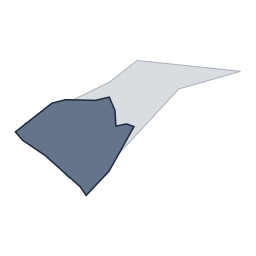 location of Western within American Samoa
{"feature_id": "ASM-5002", "entity_name": "Western", "entity_type": "state/province", "adm_level": 1, "iso_a3": "ASM", "parent_name": "American Samoa", "parent_adm1": "", "projection": "equal_earth", "projection_center": [-170.747, -14.332], "detail": "fine", "context": "in_parent", "style": "filled", "palette": "slate", "viewbox_px": 256, "rotation_deg": 0, "n_neighbors": 0, "source": "natural_earth", "source_scale": "10m", "svg_char_len": 454}
<svg xmlns="http://www.w3.org/2000/svg" viewBox="0 0 256 256"><path d="M105.2,168.4L68.4,178.3L24.6,123.5L109.9,81.9L137.0,60.5L240.6,71.3L178.7,89.0L105.2,168.4Z" fill="#d9dde1" stroke="#a8b0b8" stroke-width="1"/><path d="M134.0,126.6L109.1,171.1L86.1,195.5L80.2,186.8L45.1,155.5L22.6,140.3L15.4,131.9L51.8,103.2L65.6,99.7L95.3,100.4L109.3,97.1L115.0,110.5L115.9,126.1L126.7,123.9L134.0,126.6Z" fill="#64748b" stroke="#1e293b" stroke-width="1.5"/></svg>